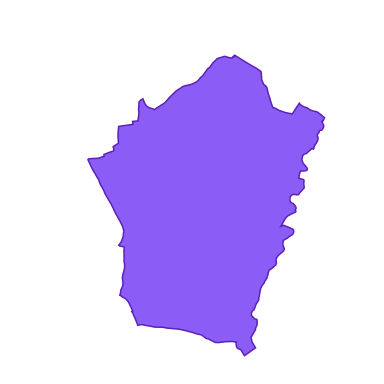 Saulia, Mures, Romania (Equal Earth projection), rotated 107°
{"feature_id": "2599482B86871181031429", "entity_name": "Saulia", "entity_type": "district", "adm_level": 2, "iso_a3": "ROU", "parent_name": "Romania", "parent_adm1": "Mures", "projection": "equal_earth", "projection_center": [24.211, 46.629], "detail": "fine", "context": "isolated", "style": "filled", "palette": "violet", "viewbox_px": 384, "rotation_deg": 107, "n_neighbors": 0, "source": "geoboundaries", "source_scale": "gbopen_adm2", "svg_char_len": 5816}
<svg xmlns="http://www.w3.org/2000/svg" viewBox="0 0 384 384"><g transform="rotate(107 192 192)"><path d="M335.3,205.1L334.7,204.0L333.6,201.4L333.3,199.9L333.0,196.2L332.5,192.8L332.2,189.0L331.8,186.9L330.4,182.2L329.7,179.2L329.6,177.1L329.7,176.6L329.2,175.9L329.3,175.6L326.9,163.7L326.7,161.0L326.4,156.6L326.3,153.0L326.2,150.5L326.3,144.8L326.2,144.2L325.9,141.8L326.0,140.9L326.4,140.0L326.7,138.5L327.5,136.7L327.9,136.0L327.9,135.3L327.8,134.5L327.8,133.1L329.1,125.8L328.4,123.0L327.7,121.3L327.3,120.7L326.6,118.8L325.7,117.1L324.2,112.7L323.6,111.0L323.3,110.5L322.6,105.6L323.6,105.7L324.6,105.3L325.5,104.8L326.3,104.6L327.6,103.5L328.2,102.6L328.4,101.4L328.4,99.8L328.7,99.0L329.1,98.4L329.7,97.8L330.6,97.0L333.2,93.9L322.4,85.7L318.1,90.5L316.4,91.6L314.6,92.6L313.8,92.9L313.1,92.9L306.8,91.4L304.9,91.0L304.2,91.4L299.9,90.9L299.5,91.0L299.1,91.2L298.4,91.3L297.3,91.8L296.3,91.9L295.5,92.3L295.1,92.5L294.9,92.9L294.9,93.5L295.0,94.6L294.9,95.4L294.4,95.9L294.0,96.5L293.9,97.0L293.7,97.2L293.3,98.2L293.0,98.7L292.1,99.2L290.9,99.6L289.9,99.7L288.9,99.7L287.8,99.3L287.3,98.9L286.9,98.5L286.4,98.3L285.7,98.3L285.3,98.6L284.5,98.0L282.6,98.1L282.3,98.2L281.8,97.9L280.4,97.9L277.4,97.0L276.6,96.9L276.2,96.7L275.5,96.7L274.8,97.0L272.0,97.2L270.3,97.5L267.1,97.8L266.9,98.0L266.6,98.1L266.3,98.1L265.9,97.9L263.9,98.1L263.1,98.0L262.1,97.9L260.1,97.3L257.9,96.4L256.5,96.4L255.7,96.2L255.2,96.0L254.9,95.8L253.6,95.6L252.6,95.1L251.9,95.3L249.1,95.2L245.5,95.5L244.5,95.3L243.3,94.7L242.0,93.5L237.9,90.9L237.4,90.6L235.6,90.4L231.7,91.9L230.2,91.9L229.1,91.5L227.3,90.8L226.4,90.3L224.6,89.1L222.5,87.7L222.0,87.5L221.4,87.1L221.1,87.1L220.8,87.2L220.5,87.2L220.0,87.0L219.6,87.0L218.4,87.9L218.2,88.2L217.6,88.2L217.4,88.4L217.2,88.8L216.7,89.1L216.4,89.4L214.6,90.1L212.4,90.3L211.4,90.3L210.8,89.8L209.8,88.9L209.0,88.0L208.3,87.3L206.7,86.3L204.5,84.4L203.3,83.5L201.9,83.0L200.2,83.1L198.9,83.7L198.3,84.4L198.0,85.4L197.8,86.8L197.5,88.3L197.4,90.6L197.0,94.6L197.5,95.3L198.9,97.0L191.0,95.2L188.9,94.5L187.8,93.9L187.0,93.5L184.7,91.2L180.7,87.0L179.9,87.1L179.3,87.9L177.1,87.7L176.7,87.8L174.8,89.5L173.5,91.8L173.2,93.6L172.5,95.2L171.4,95.9L169.8,96.4L168.2,96.6L166.9,96.4L165.1,95.1L164.7,94.4L164.3,92.8L164.0,90.9L163.7,89.9L163.2,89.4L162.5,89.1L160.3,88.3L157.3,86.8L156.6,86.6L156.0,86.2L155.4,86.0L154.8,86.0L152.0,87.3L150.5,87.8L148.6,88.1L148.1,88.3L147.8,88.6L147.5,89.0L147.6,94.0L142.5,94.5L140.1,94.2L139.4,91.9L138.6,89.7L138.4,89.2L138.0,88.8L137.5,88.5L137.0,88.3L136.3,88.4L135.8,88.7L134.7,89.9L132.2,93.7L131.5,94.6L129.9,95.8L129.1,96.2L127.8,96.5L127.1,96.6L125.1,96.7L124.0,96.5L122.7,95.4L122.3,95.0L122.0,94.3L121.6,93.7L120.2,93.0L117.0,91.0L115.5,90.2L115.2,89.9L115.4,89.3L115.6,88.8L115.6,88.5L114.4,88.2L114.1,88.5L111.7,88.2L107.1,87.0L105.3,86.9L103.6,87.1L102.5,87.8L101.9,88.6L101.1,88.9L99.8,88.7L98.8,88.3L98.1,88.0L96.6,88.0L95.9,87.7L95.5,87.3L95.2,86.5L95.1,86.3L94.4,85.8L93.6,85.5L92.6,85.3L91.7,85.2L90.9,85.2L89.9,85.5L88.3,86.8L87.0,88.4L85.9,88.0L86.0,87.6L82.3,86.9L81.8,88.0L81.2,89.5L80.6,90.6L78.9,95.4L78.8,96.2L79.0,99.1L79.1,100.4L79.0,102.4L78.8,103.4L78.7,103.9L78.2,105.4L77.8,106.9L77.8,108.5L77.9,109.3L77.2,112.6L76.7,114.2L76.2,114.8L75.7,115.3L81.3,117.0L88.0,118.9L88.1,120.6L88.4,121.8L88.5,123.4L88.6,124.9L88.7,126.2L88.7,127.4L88.6,129.2L88.6,131.0L88.5,132.6L87.5,137.0L87.6,139.2L87.6,139.4L86.0,140.6L81.7,143.7L80.0,144.6L76.1,147.5L73.5,149.1L71.9,149.9L70.2,151.0L69.6,151.6L69.2,152.2L68.7,153.4L68.1,155.0L67.3,155.6L66.3,156.5L65.8,156.9L64.1,158.3L62.8,158.8L61.8,158.9L60.4,159.7L58.7,160.2L57.0,161.0L56.5,161.3L54.6,167.7L53.4,173.3L52.4,177.2L51.6,180.4L48.7,191.2L50.9,192.5L50.8,191.7L51.5,192.4L52.0,192.7L52.2,193.1L52.2,193.4L52.6,194.3L52.5,194.6L52.6,194.9L52.5,195.5L52.8,197.1L52.5,198.9L52.8,199.6L52.6,200.0L53.1,201.1L53.5,201.8L54.5,203.0L55.9,205.4L56.6,206.2L57.7,207.3L59.8,208.2L61.8,209.5L63.4,210.1L67.5,211.5L69.0,212.6L69.3,213.0L76.8,215.4L77.4,215.7L78.4,216.2L79.6,217.0L81.3,217.8L83.2,218.5L84.8,219.4L85.6,220.1L87.1,221.7L88.8,223.6L89.4,224.4L90.4,226.1L92.3,229.5L94.1,231.9L96.4,233.6L99.0,235.9L100.5,237.0L108.2,241.2L113.7,243.6L114.7,244.1L115.6,244.8L117.5,246.5L122.1,250.4L124.3,252.0L124.0,252.5L123.9,253.6L123.9,254.8L124.0,256.4L123.9,257.6L123.6,259.0L123.3,259.8L122.5,261.3L121.7,262.5L120.2,263.8L117.2,266.2L119.0,267.8L120.8,268.8L121.8,268.9L125.9,267.8L128.7,267.3L130.1,266.7L130.8,266.3L133.2,265.6L139.8,264.5L141.9,269.5L144.5,268.1L150.7,281.3L157.6,279.9L161.4,278.7L164.4,277.5L167.0,276.6L168.8,278.3L171.4,280.4L171.9,280.6L172.3,280.5L173.2,279.7L175.1,278.9L175.8,279.2L176.6,280.2L177.8,282.1L181.9,287.2L183.5,286.5L184.7,288.3L186.1,289.9L186.6,290.7L187.4,292.3L190.1,299.6L190.5,300.4L191.1,300.9L191.5,301.0L194.9,297.9L196.7,296.3L199.5,293.7L202.4,290.5L202.8,289.9L204.5,288.3L206.8,285.8L206.8,285.4L208.3,284.4L212.4,281.1L213.3,279.9L214.5,278.8L216.4,276.7L218.5,275.2L221.2,272.4L225.5,267.7L226.0,267.2L226.4,266.6L230.4,262.8L232.5,261.0L235.8,257.8L240.7,252.6L242.3,251.1L244.3,249.2L245.8,247.9L247.4,246.9L249.9,245.5L250.6,245.5L250.8,245.6L251.7,245.5L253.5,245.0L254.0,244.9L257.1,244.9L259.1,245.0L260.4,245.2L261.6,245.5L263.5,246.2L264.5,246.4L264.7,245.3L264.7,243.7L264.4,241.7L264.5,240.7L264.9,240.4L266.8,240.3L276.4,237.2L277.8,236.9L278.9,236.4L280.4,235.6L281.9,234.9L282.8,234.7L284.7,234.2L289.0,234.0L292.7,233.8L294.5,233.5L295.7,232.9L298.0,231.9L299.3,231.4L300.9,231.0L302.0,230.8L304.0,231.0L305.7,231.3L307.3,231.3L309.1,230.9L311.9,230.8L311.9,229.8L312.8,227.9L313.2,225.7L313.5,224.4L314.5,222.5L315.3,221.3L316.0,220.4L323.1,213.8L323.4,214.0L323.9,214.7L325.6,212.8L327.2,211.6L328.6,210.3L330.3,208.9L334.2,205.6L335.3,205.1Z" fill="#8b5cf6" stroke="#5b21b6" stroke-width="1.5"/></g></svg>